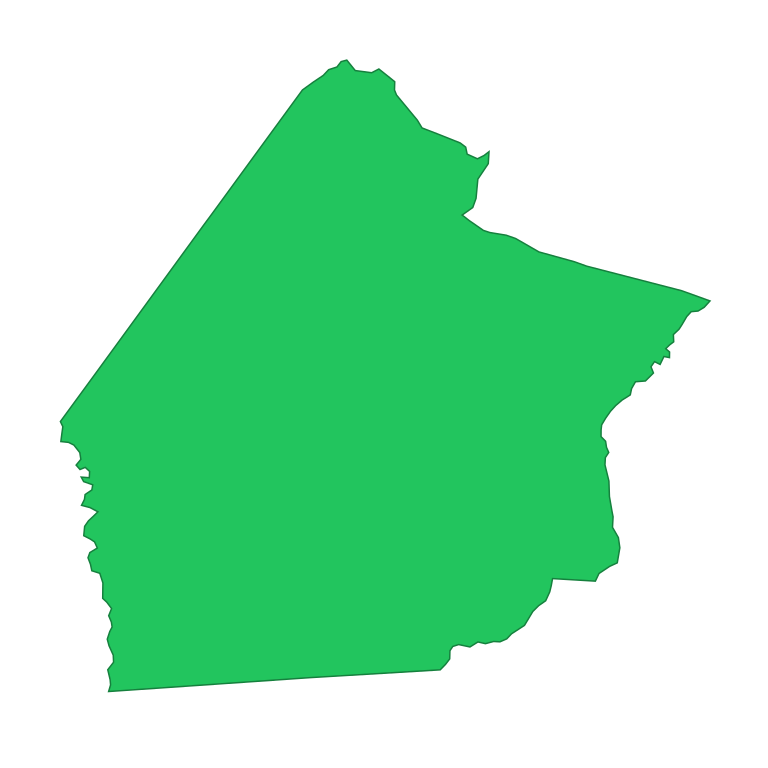 the district of São Domingos do Azeitão, Maranhão, Brazil, rotated 273°
{"feature_id": "56859067B85807421468781", "entity_name": "São Domingos do Azeitão", "entity_type": "district", "adm_level": 2, "iso_a3": "BRA", "parent_name": "Brazil", "parent_adm1": "Maranhão", "projection": "natural_earth1", "projection_center": [-44.617, -6.848], "detail": "fine", "context": "isolated", "style": "filled", "palette": "green", "viewbox_px": 768, "rotation_deg": 273, "n_neighbors": 0, "source": "geoboundaries", "source_scale": "gbopen_adm2", "svg_char_len": 2032}
<svg xmlns="http://www.w3.org/2000/svg" viewBox="0 0 768 768"><g transform="rotate(273 384 384)"><path d="M698.3,362.4L694.2,355.4L695.5,338.9L705.5,329.9L703.7,324.3L698.1,320.4L695.0,312.3L689.0,307.2L681.8,297.6L673.4,287.2L632.1,260.2L545.5,203.7L532.8,195.3L380.8,96.3L329.6,62.8L324.6,65.5L317.5,64.9L309.6,64.3L309.2,72.0L306.8,77.5L299.6,83.8L292.9,85.2L286.9,80.8L282.7,84.9L285.1,90.0L281.3,94.6L275.0,94.6L275.2,86.5L270.8,89.2L268.1,98.4L262.9,97.8L258.0,91.3L253.1,90.9L247.0,88.3L245.2,96.9L241.4,105.0L236.3,100.3L232.0,96.1L226.2,92.5L216.8,92.1L214.0,98.4L211.2,103.2L205.2,106.3L200.3,99.1L195.0,97.5L188.6,100.3L182.2,102.0L180.1,110.1L170.6,113.7L155.2,114.3L151.7,118.5L145.5,123.7L138.2,121.2L132.0,124.2L127.1,125.2L122.5,123.1L114.7,121.0L108.2,123.1L99.1,127.8L92.0,128.5L84.2,123.1L74.3,126.0L69.2,126.7L62.5,125.1L86.9,325.5L101.5,455.1L107.2,460.1L112.9,464.0L121.1,463.8L125.5,466.4L127.7,472.2L125.9,483.6L131.3,491.3L130.0,498.9L132.6,506.9L132.6,513.3L135.9,519.9L141.2,524.4L150.3,536.9L164.6,544.5L170.8,550.1L176.0,556.8L185.1,560.4L191.5,561.6L198.5,562.5L198.2,605.4L206.0,608.6L213.7,618.9L217.6,626.3L232.8,628.1L242.9,626.1L252.8,619.7L263.4,619.7L269.0,618.3L283.5,615.0L298.8,613.7L314.8,608.9L322.1,608.9L327.4,612.0L332.4,609.5L338.4,608.3L342.8,603.5L349.5,603.2L354.6,603.5L361.6,607.2L368.6,611.6L374.6,616.5L380.5,622.7L386.0,630.5L392.4,631.5L399.4,635.0L400.7,644.9L409.1,652.5L415.2,649.7L420.5,653.0L418.0,658.7L426.1,662.1L425.3,667.7L430.9,667.5L434.0,663.5L437.9,667.1L441.3,671.1L448.5,670.4L454.2,675.8L459.1,678.6L467.2,682.8L472.3,687.0L473.3,693.8L477.4,699.8L484.0,705.2L492.7,676.5L512.3,580.2L516.0,567.9L524.0,531.8L536.2,507.8L539.0,498.2L540.8,481.8L542.6,475.2L551.7,460.5L556.8,453.2L564.9,463.4L574.2,466.2L593.5,467.0L609.5,476.6L621.5,476.7L617.4,471.9L613.8,465.5L617.9,455.0L624.8,453.2L628.7,447.5L636.0,426.0L641.7,408.6L649.2,403.5L673.2,381.4L678.1,379.1L686.4,378.9L690.0,374.0L698.3,362.4Z" fill="#22c55e" stroke="#15803d" stroke-width="1.5"/></g></svg>